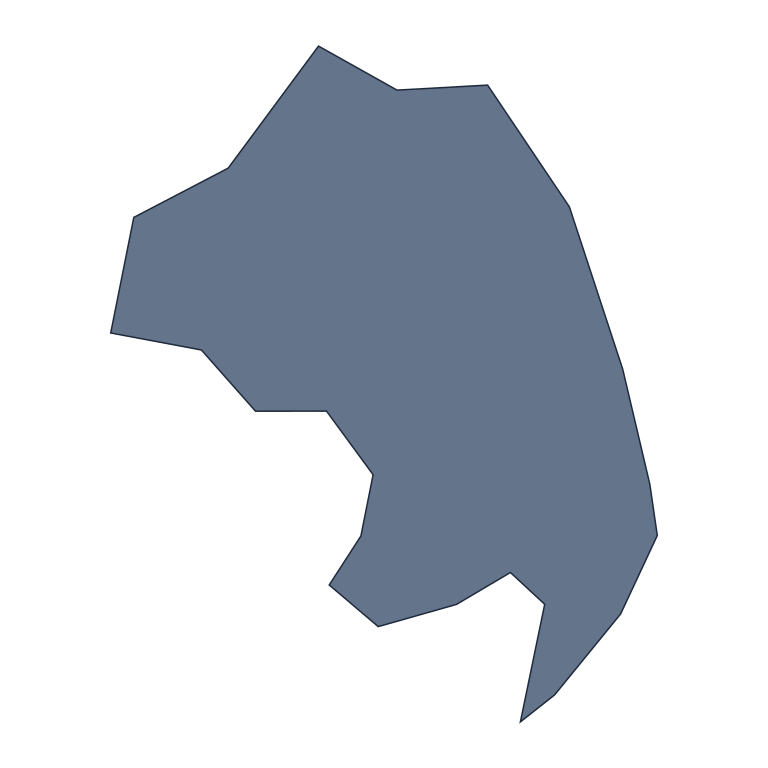 an SVG outline of Lemland
{"feature_id": "ALD-4818", "entity_name": "Lemland", "entity_type": "state/province", "adm_level": 1, "iso_a3": "ALA", "parent_name": "Aland", "parent_adm1": "", "projection": "orthographic", "projection_center": [20.133, 60.033], "detail": "fine", "context": "isolated", "style": "filled", "palette": "slate", "viewbox_px": 768, "rotation_deg": 0, "n_neighbors": 0, "source": "natural_earth", "source_scale": "10m", "svg_char_len": 417}
<svg xmlns="http://www.w3.org/2000/svg" viewBox="0 0 768 768"><path d="M133.8,217.4L228.2,168.1L318.5,46.1L397.0,90.1L487.6,85.1L569.4,206.9L622.7,369.1L649.8,484.1L657.3,535.5L620.6,614.0L554.6,694.9L520.4,721.9L544.7,604.3L510.4,572.5L456.5,604.4L378.2,626.6L329.2,585.0L360.9,536.0L373.1,474.7L326.5,411.1L255.5,411.2L201.4,350.0L110.7,333.0L133.8,217.4Z" fill="#64748b" stroke="#1e293b" stroke-width="1.5"/></svg>